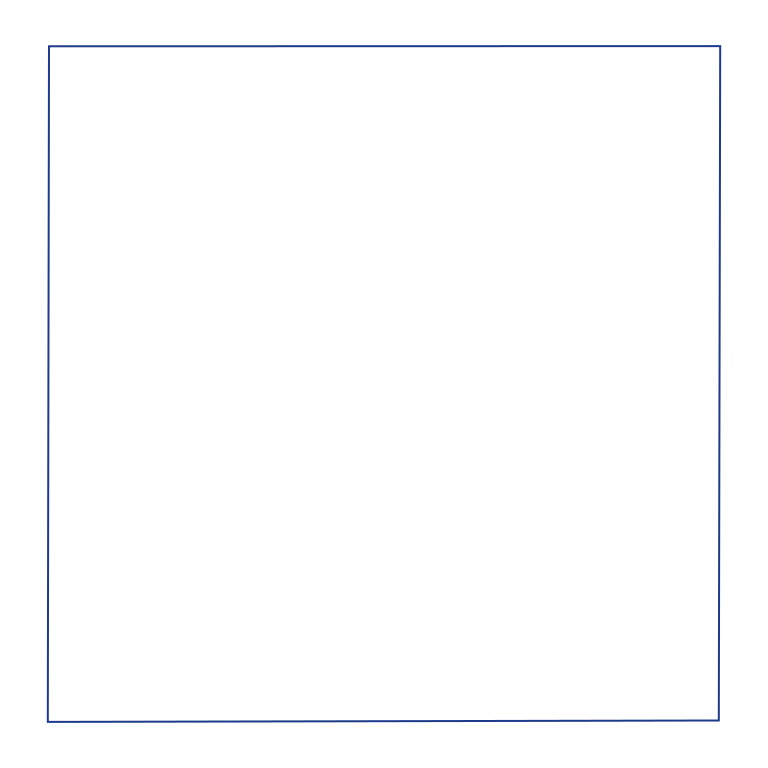 outline of Hancock, Iowa, United States of America
{"feature_id": "52423323B74830272216287", "entity_name": "Hancock", "entity_type": "district", "adm_level": 2, "iso_a3": "USA", "parent_name": "United States of America", "parent_adm1": "Iowa", "projection": "mercator", "projection_center": [-93.782, 43.082], "detail": "fine", "context": "isolated", "style": "outline", "palette": "blue", "viewbox_px": 768, "rotation_deg": 0, "n_neighbors": 0, "source": "geoboundaries", "source_scale": "gbopen_adm2", "svg_char_len": 181}
<svg xmlns="http://www.w3.org/2000/svg" viewBox="0 0 768 768"><path d="M49.0,46.3L47.8,721.9L718.8,720.5L720.2,46.1L49.0,46.3Z" fill="none" stroke="#1e3a8a" stroke-width="2"/></svg>